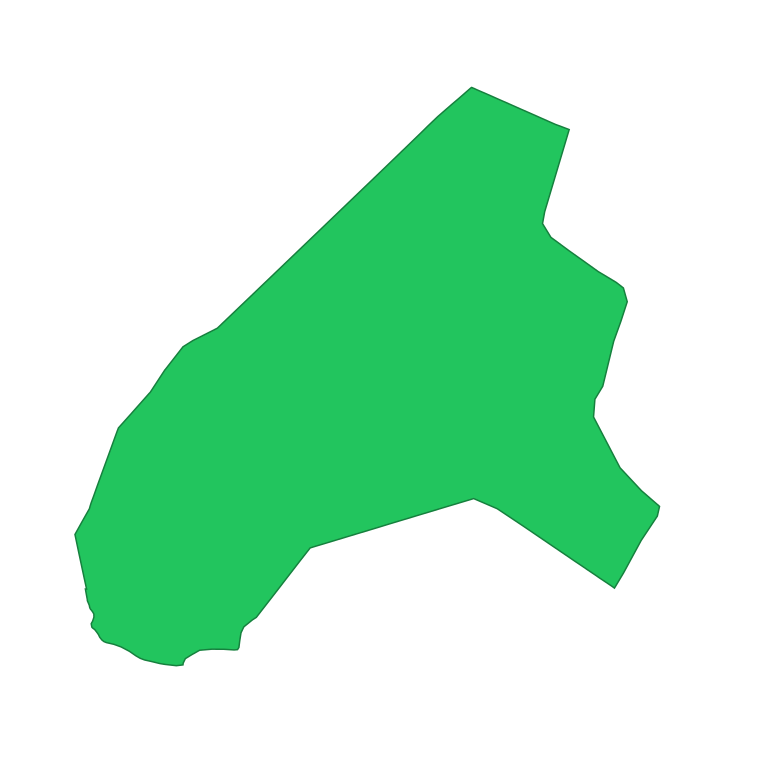 Al Butanah, Gedarif, Sudan, rotated 277°
{"feature_id": "16777658B92441932102927", "entity_name": "Al Butanah", "entity_type": "district", "adm_level": 2, "iso_a3": "SDN", "parent_name": "Sudan", "parent_adm1": "Gedarif", "projection": "equal_earth", "projection_center": [34.366, 15.004], "detail": "fine", "context": "isolated", "style": "filled", "palette": "green", "viewbox_px": 768, "rotation_deg": 277, "n_neighbors": 0, "source": "geoboundaries", "source_scale": "gbopen_adm2", "svg_char_len": 2358}
<svg xmlns="http://www.w3.org/2000/svg" viewBox="0 0 768 768"><g transform="rotate(277 384 384)"><path d="M308.1,125.8L304.6,124.9L283.3,120.0L247.4,111.7L237.9,109.6L232.4,108.3L230.3,107.8L227.0,107.2L224.3,106.8L218.3,104.3L208.6,100.3L197.0,95.6L179.4,101.6L153.9,110.4L144.2,113.8L144.1,112.6L137.6,114.6L133.8,115.8L132.7,116.0L129.6,117.8L128.1,118.6L126.9,118.9L125.8,119.4L124.5,120.3L123.9,121.1L121.8,123.0L120.2,124.1L118.5,124.3L117.3,124.5L115.7,124.2L113.7,123.8L112.8,123.6L111.7,123.1L110.4,122.6L109.1,123.0L107.0,123.7L106.2,124.7L105.0,126.8L103.4,128.4L102.5,129.3L100.5,131.1L98.0,132.7L95.6,135.1L94.2,137.4L93.5,140.0L92.7,147.6L91.0,155.1L87.6,164.0L84.0,170.8L82.0,175.5L80.9,180.1L80.3,186.4L79.2,195.7L79.0,200.8L79.1,212.2L80.7,218.7L82.5,218.7L87.2,220.3L89.9,223.7L90.4,224.2L90.7,224.7L91.0,225.0L91.5,225.7L91.9,226.2L92.1,226.4L92.3,226.7L92.4,226.9L92.6,227.1L92.9,227.5L93.5,228.4L94.8,230.1L97.3,233.5L99.8,245.4L101.2,257.5L101.8,267.7L102.5,271.0L104.8,272.1L111.5,272.1L119.6,272.4L124.2,273.9L125.9,274.5L133.9,282.2L136.8,285.7L143.7,289.8L153.4,295.6L170.5,305.8L178.3,310.4L199.2,322.8L212.3,330.7L214.6,335.8L218.1,343.8L227.6,365.3L231.3,373.7L237.8,388.5L241.1,396.0L245.5,405.8L249.9,415.8L257.0,431.9L269.9,461.2L281.2,487.0L274.0,511.6L259.8,539.8L230.6,596.5L228.6,600.5L226.5,604.6L224.3,608.8L220.9,615.5L217.4,622.2L214.7,627.6L211.2,634.5L209.5,637.6L211.5,638.5L225.7,644.8L260.0,658.3L286.2,671.4L296.1,672.4L309.5,652.5L329.6,628.5L376.8,596.0L394.6,595.2L408.4,601.4L454.5,606.8L475.2,611.5L495.3,615.4L508.5,609.9L513.1,602.2L521.7,582.9L528.7,570.1L539.0,551.1L549.9,531.8L562.5,521.8L574.6,522.5L659.1,536.8L660.6,530.7L661.4,527.5L662.5,522.7L664.0,517.7L671.0,494.7L673.8,485.3L677.3,473.9L679.9,465.2L685.1,448.1L685.6,446.3L687.4,440.2L688.3,437.5L688.4,437.1L688.7,435.9L688.8,435.8L689.0,435.0L689.0,434.7L688.9,434.6L688.2,433.9L683.2,429.4L676.5,423.4L669.9,417.3L664.9,412.8L656.0,404.8L651.5,401.1L644.9,395.7L642.1,393.5L640.2,392.0L618.9,374.8L618.1,374.1L597.6,357.5L559.8,326.7L499.1,277.2L465.2,249.5L443.8,232.0L438.9,228.0L428.9,219.8L428.3,219.3L428.0,219.1L425.0,216.6L421.4,213.7L420.1,212.6L419.7,212.3L419.1,211.8L403.9,189.1L396.5,180.0L371.5,165.0L371.3,164.8L347.1,152.9L346.1,152.1L322.6,135.9L308.1,125.8Z" fill="#22c55e" stroke="#15803d" stroke-width="1.5"/></g></svg>